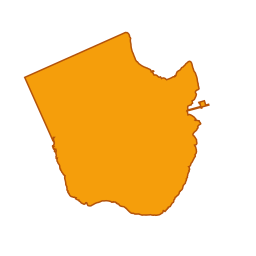 Ollei, Palau (Albers equal-area conic projection), rotated 163°
{"feature_id": "81905179B39968712547281", "entity_name": "Ollei", "entity_type": "district", "adm_level": 2, "iso_a3": "PLW", "parent_name": "Palau", "parent_adm1": "", "projection": "albers", "projection_center": [134.619, 7.719], "detail": "fine", "context": "isolated", "style": "filled", "palette": "amber", "viewbox_px": 256, "rotation_deg": 163, "n_neighbors": 0, "source": "geoboundaries", "source_scale": "gbopen_adm2", "svg_char_len": 5688}
<svg xmlns="http://www.w3.org/2000/svg" viewBox="0 0 256 256"><g transform="rotate(163 128 128)"><path d="M212.0,206.6L203.7,139.4L202.2,140.3L202.0,140.8L201.4,140.6L201.9,140.3L202.5,139.2L202.9,139.1L203.1,138.4L203.4,138.3L203.6,138.0L203.4,137.6L202.8,137.8L202.9,137.4L202.7,137.4L202.6,136.8L203.1,136.4L202.9,136.0L202.8,135.4L203.0,134.8L203.5,134.4L203.6,133.6L204.2,133.4L204.5,133.0L205.0,132.8L205.3,133.0L205.5,132.8L205.4,132.4L205.1,132.3L204.9,132.0L204.6,131.9L204.8,131.8L205.0,131.4L205.5,131.2L205.5,130.7L205.1,130.5L205.1,130.2L205.3,129.6L205.0,129.1L204.3,129.3L204.4,129.0L204.3,128.7L203.8,128.6L204.5,128.2L204.8,127.9L205.0,127.4L205.2,127.0L204.9,126.6L204.4,126.3L203.6,126.7L203.9,126.0L204.3,125.3L204.4,124.7L204.4,124.1L204.5,123.2L204.6,122.4L205.2,121.8L205.2,121.3L205.4,120.8L205.6,119.9L205.3,119.5L204.5,119.7L205.3,118.2L205.5,116.8L205.2,116.2L205.2,115.0L204.8,113.8L204.4,112.7L204.4,112.0L204.6,110.8L204.9,109.3L204.5,108.4L204.9,108.1L204.3,106.3L204.2,105.2L203.6,103.8L203.4,102.6L203.0,102.2L202.9,101.4L202.2,100.7L203.0,99.5L202.9,98.8L203.3,98.2L203.3,97.0L203.4,95.3L203.6,93.8L204.0,92.1L203.9,90.7L203.6,90.1L203.9,89.0L204.1,87.3L204.4,87.0L204.4,86.0L204.2,85.6L203.7,85.2L204.3,84.4L203.9,82.8L203.5,82.6L203.7,82.1L203.2,80.3L202.5,79.2L201.8,78.7L201.4,78.6L200.6,77.8L199.8,77.5L199.2,77.4L198.8,76.8L198.0,76.4L198.8,75.7L197.6,74.4L196.7,73.6L196.1,73.5L196.1,72.4L195.3,71.6L194.6,70.0L193.4,68.9L192.3,67.9L191.2,68.0L190.7,68.2L190.4,68.8L189.5,68.7L189.2,68.1L189.3,67.1L189.0,65.6L188.3,65.1L187.2,64.6L186.2,64.4L184.7,64.8L183.4,65.0L181.9,65.4L180.7,65.5L179.8,65.7L178.5,65.5L177.4,65.5L176.0,65.6L174.9,65.8L173.7,65.8L172.3,65.3L170.2,64.9L168.5,64.2L167.1,63.5L166.4,63.0L165.8,62.6L165.4,61.9L165.0,61.7L164.4,61.7L164.0,61.4L163.6,61.8L163.1,61.5L162.6,61.1L161.9,61.0L161.7,60.7L160.9,59.9L161.0,59.5L160.6,59.4L160.5,58.8L160.2,58.5L159.2,58.1L158.8,56.6L158.3,55.9L157.3,55.1L155.9,54.4L154.6,53.7L154.4,53.3L154.0,52.7L153.7,52.2L153.4,51.7L153.0,51.6L152.9,51.0L152.5,50.1L151.7,48.6L151.0,47.3L150.6,46.8L150.1,46.0L149.5,45.5L148.8,45.1L148.2,45.0L147.4,44.6L147.0,44.0L146.5,43.7L144.6,43.1L143.8,42.9L143.4,42.7L142.9,42.7L142.4,42.3L141.8,41.8L141.1,41.4L140.5,40.9L139.9,40.5L139.4,40.5L137.7,40.0L136.3,39.5L134.4,39.0L133.2,38.8L132.6,38.6L131.9,38.6L130.7,37.8L129.1,37.1L128.6,37.2L128.3,37.0L127.6,36.8L127.0,36.4L126.0,36.2L124.5,36.0L123.1,35.9L121.5,36.3L121.1,36.7L120.5,36.6L119.7,36.8L119.2,37.4L118.9,37.8L118.6,38.5L118.4,38.7L117.2,37.5L117.0,37.8L116.5,37.6L115.5,38.3L115.2,38.7L114.3,38.9L113.8,39.6L113.0,39.7L112.8,40.3L112.3,40.2L111.6,40.7L110.6,40.6L108.9,42.2L108.3,42.7L107.7,43.3L106.3,43.7L105.6,44.7L105.1,45.9L104.4,46.3L103.9,46.6L103.6,47.4L103.0,48.0L102.1,48.1L101.6,48.4L100.4,49.1L99.5,49.3L98.8,49.9L98.0,50.8L97.7,51.6L97.3,52.0L96.6,52.1L96.2,52.8L95.5,52.8L94.8,53.1L94.1,53.6L93.5,54.2L93.2,54.9L92.7,55.6L92.1,56.7L90.9,57.6L89.3,58.5L88.6,59.8L87.9,60.5L87.4,61.1L87.0,61.9L87.1,62.3L85.6,63.4L85.6,64.0L84.7,65.4L84.4,66.3L83.9,66.9L82.0,69.0L82.2,69.6L81.6,70.1L81.1,70.6L81.1,71.4L81.0,72.3L81.3,73.3L80.4,73.2L79.1,74.1L78.1,75.7L76.6,76.7L75.4,78.0L73.9,79.5L73.1,80.4L72.5,80.7L71.9,81.3L71.8,81.9L71.7,82.9L70.3,83.9L69.4,85.3L69.3,86.2L69.0,87.2L69.0,88.2L68.9,89.6L68.9,90.2L69.2,91.1L69.4,92.2L67.9,92.1L67.3,92.4L66.6,93.2L66.4,94.5L66.3,95.4L65.9,97.0L66.3,98.0L66.5,99.0L66.9,100.1L66.9,100.7L67.8,101.6L67.8,103.1L66.5,104.2L65.6,104.8L64.6,105.2L63.5,105.7L62.6,106.3L62.0,107.2L61.2,107.5L60.9,108.0L60.9,109.1L60.2,109.6L59.4,110.1L58.1,110.4L57.4,110.6L57.2,110.9L57.4,112.1L57.7,112.6L57.9,113.3L57.8,114.0L59.4,114.9L60.6,115.4L61.2,115.5L61.7,116.0L60.5,116.6L61.7,119.3L63.6,121.6L65.2,123.0L66.8,123.0L66.7,124.1L66.5,125.4L66.7,127.0L52.6,126.5L52.2,125.6L51.4,125.6L51.1,126.5L44.0,126.3L44.0,127.1L47.0,127.2L47.0,131.7L52.8,131.8L52.6,130.5L52.0,130.5L52.2,127.3L65.9,127.7L65.4,128.1L65.1,129.2L64.9,130.4L64.5,131.3L63.7,131.5L62.6,131.7L61.9,131.7L60.9,131.6L60.6,132.1L59.9,132.6L59.0,132.8L58.9,133.6L58.9,134.6L58.7,135.3L57.5,135.4L56.1,136.0L53.9,138.4L53.2,139.4L52.7,140.4L53.0,141.4L53.2,142.0L53.0,142.8L52.6,143.3L52.3,143.6L51.1,144.1L50.2,144.1L49.1,144.4L48.6,144.8L48.5,145.8L48.4,146.9L48.4,148.2L48.0,149.8L48.0,151.2L47.9,152.5L47.5,154.8L47.4,156.1L47.4,157.6L47.5,159.3L47.5,160.8L47.9,162.1L48.3,163.1L48.3,165.6L48.4,166.6L48.3,168.5L48.2,169.8L48.2,171.4L48.4,172.5L48.9,173.3L49.6,173.8L51.0,173.8L51.8,173.3L53.9,172.5L55.3,171.4L56.5,170.9L57.4,170.3L59.1,170.0L60.2,169.0L61.4,168.2L62.6,168.0L64.4,167.5L65.7,166.1L66.4,165.0L66.7,164.3L67.1,164.0L67.3,164.3L67.7,164.4L68.0,164.2L68.1,163.5L68.7,163.4L69.7,163.8L71.0,163.5L72.7,163.2L74.8,163.0L76.4,162.9L77.0,162.9L77.1,163.2L77.6,163.7L77.9,164.4L78.6,165.0L79.2,165.4L79.8,165.6L80.9,165.6L81.5,165.5L81.6,166.2L82.0,167.4L82.7,167.4L83.4,167.4L83.8,167.7L84.4,168.7L84.8,169.5L85.5,170.3L86.5,170.8L87.6,171.0L87.8,171.7L87.9,172.7L88.2,173.5L88.5,174.4L88.8,174.6L88.4,174.7L88.2,174.7L88.0,174.8L87.8,174.7L87.6,174.5L87.3,174.5L86.8,174.7L86.9,175.1L87.3,175.3L88.0,175.5L89.2,175.5L89.5,176.3L89.5,177.2L90.3,178.0L91.6,179.1L92.1,179.7L92.7,180.0L93.6,180.8L94.9,181.8L96.7,183.6L97.8,185.0L98.8,186.3L99.4,187.8L99.6,188.5L100.3,189.0L100.5,189.8L100.9,191.1L100.9,192.5L101.2,195.4L101.3,197.7L101.6,199.7L101.6,200.9L101.5,202.5L101.4,204.1L101.1,205.7L100.7,207.3L100.5,209.3L100.3,210.5L99.9,211.9L99.3,212.8L99.3,213.4L99.5,214.1L99.7,214.6L99.8,214.9L99.8,215.6L99.5,216.2L99.7,217.0L99.9,217.9L100.3,218.7L101.1,219.6L101.6,219.6L102.3,220.0L102.5,220.1L212.0,206.6Z" fill="#f59e0b" stroke="#b45309" stroke-width="1.5"/></g></svg>